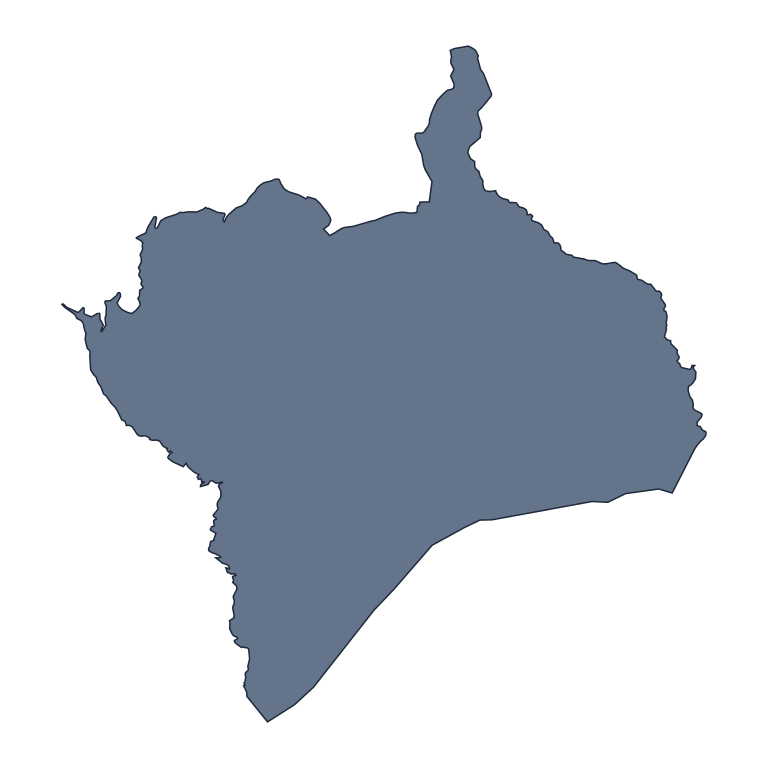 outline of Orsova, Mehedinti, Romania
{"feature_id": "2599482B96117970441540", "entity_name": "Orsova", "entity_type": "district", "adm_level": 2, "iso_a3": "ROU", "parent_name": "Romania", "parent_adm1": "Mehedinti", "projection": "robinson", "projection_center": [22.398, 44.731], "detail": "fine", "context": "isolated", "style": "filled", "palette": "slate", "viewbox_px": 768, "rotation_deg": 0, "n_neighbors": 0, "source": "geoboundaries", "source_scale": "gbopen_adm2", "svg_char_len": 6073}
<svg xmlns="http://www.w3.org/2000/svg" viewBox="0 0 768 768"><path d="M478.3,55.9L475.8,50.7L473.4,48.7L468.4,46.1L454.3,48.6L450.2,50.4L451.5,56.7L450.7,61.5L451.0,63.5L453.8,69.1L453.7,70.0L450.6,75.9L454.0,84.0L454.2,85.1L453.6,87.7L452.6,88.8L451.2,89.4L447.4,90.3L443.3,93.9L437.5,99.9L434.1,106.8L431.2,114.0L429.5,119.5L429.4,123.1L428.1,126.1L423.8,132.2L422.3,133.1L416.9,133.2L415.9,133.7L415.2,134.8L415.0,137.4L417.6,145.5L421.8,154.3L423.7,165.6L425.3,169.9L432.0,181.5L429.2,201.9L419.9,202.1L419.5,204.8L417.5,206.4L416.9,212.4L411.1,213.3L404.5,212.3L400.8,212.3L395.6,213.0L385.2,216.3L374.7,220.5L371.3,221.1L353.4,226.3L344.2,227.5L341.1,228.7L334.1,233.2L329.6,235.5L323.6,229.1L328.6,225.4L330.3,222.0L330.8,219.8L329.7,216.8L327.2,212.7L319.9,203.4L315.4,199.1L307.5,196.9L306.9,198.5L305.7,198.7L299.3,195.2L288.3,191.6L284.5,189.1L283.2,187.4L280.8,183.5L279.4,180.0L278.5,179.1L274.6,179.3L272.0,180.7L263.7,182.8L261.0,184.6L257.5,187.6L254.9,191.8L250.3,196.4L247.9,199.7L246.7,202.3L242.4,205.6L236.0,208.0L228.5,214.7L225.8,218.4L224.3,221.8L223.4,221.2L223.0,219.3L225.0,214.9L224.4,213.3L217.6,212.4L208.6,208.3L207.3,208.5L205.7,207.4L203.0,209.4L196.7,212.0L188.5,211.8L182.7,212.6L180.1,212.3L177.0,214.1L165.4,217.9L160.7,220.8L157.4,227.8L156.2,228.3L155.3,228.0L154.9,227.0L156.6,217.8L155.6,216.6L153.8,217.1L147.8,227.3L145.7,233.0L139.5,235.9L136.4,237.7L136.3,238.2L140.8,240.6L142.8,242.7L142.2,246.0L142.6,248.8L142.3,250.2L140.1,254.6L141.2,257.9L141.3,261.9L138.4,267.8L140.2,270.9L139.0,273.8L138.9,275.5L141.5,279.5L141.9,281.1L141.0,283.4L141.1,284.4L143.1,287.2L142.7,288.4L139.7,290.2L139.5,296.2L138.0,298.2L138.0,298.9L139.8,302.3L140.1,304.9L139.8,305.7L136.4,309.9L131.9,313.5L127.3,312.3L121.8,309.5L118.2,305.5L117.2,302.9L120.6,296.2L120.2,293.4L119.4,292.6L117.9,292.9L116.5,295.6L110.3,300.7L105.1,301.1L104.9,302.8L106.4,306.4L106.0,315.2L105.2,317.5L105.1,319.4L105.8,325.1L101.7,331.6L101.0,331.4L101.0,330.5L103.2,325.2L103.1,324.6L100.0,319.1L99.8,313.8L99.3,313.3L96.9,313.7L91.6,316.9L84.6,314.2L84.1,313.2L84.1,308.3L83.5,307.7L82.5,308.1L79.3,311.7L77.8,312.4L66.7,307.3L63.3,304.1L62.7,303.9L61.9,304.4L64.6,307.2L73.9,313.8L75.5,315.4L76.9,318.5L81.2,320.6L83.2,323.2L84.5,329.5L85.6,332.5L85.8,334.1L85.1,339.4L87.3,348.4L89.7,350.8L90.1,352.7L89.8,355.6L90.6,369.8L93.6,374.7L96.1,377.1L97.9,382.5L100.8,386.7L103.6,393.9L106.5,396.2L111.2,403.3L114.6,406.7L117.0,410.1L121.8,419.9L125.1,421.4L126.3,425.5L128.9,425.2L132.3,426.9L137.3,434.5L139.0,435.8L142.3,436.2L144.7,435.6L149.7,437.9L149.5,439.5L152.6,440.3L156.6,440.1L159.6,441.0L162.9,446.0L166.3,448.2L167.3,448.2L167.0,449.9L168.4,451.8L169.1,452.4L170.5,451.1L172.1,452.4L169.7,454.1L168.0,456.7L167.9,457.7L168.5,458.6L172.7,461.8L183.3,466.7L186.2,463.2L187.4,465.9L189.1,467.9L194.3,472.3L198.9,474.7L197.2,476.9L198.4,479.4L201.1,478.6L201.7,482.0L204.2,481.8L204.2,482.4L202.0,483.3L200.6,485.0L200.5,486.6L208.0,484.5L210.0,481.3L211.6,480.5L216.0,483.1L217.8,483.2L222.4,482.0L222.6,482.3L218.7,485.1L218.6,486.6L220.9,491.5L220.8,496.1L220.4,497.9L218.2,501.1L217.2,503.6L217.3,506.2L218.0,507.8L217.9,509.3L213.6,514.6L213.2,515.7L213.5,516.3L216.6,518.6L216.3,519.2L214.4,519.9L213.6,521.0L214.3,525.9L211.7,526.8L210.5,528.7L210.5,530.1L215.9,533.2L213.6,540.4L210.5,541.6L209.8,546.1L208.6,548.5L208.7,550.6L211.4,552.4L215.1,553.7L219.9,556.2L220.7,557.2L218.7,557.8L215.8,557.9L222.7,563.3L227.3,564.7L228.3,565.7L229.4,567.8L229.4,568.9L225.8,567.8L227.5,572.6L229.7,572.8L230.4,573.9L231.4,574.1L234.9,573.7L236.1,574.9L235.7,575.6L233.9,575.7L232.5,576.8L233.6,580.5L232.7,582.4L236.3,585.7L237.0,588.1L236.3,590.3L233.4,595.9L233.4,598.2L234.4,600.9L233.8,604.8L233.0,606.0L232.7,607.9L234.1,615.4L233.7,618.0L229.4,620.8L230.0,623.2L229.6,628.7L232.5,634.6L234.1,636.1L236.9,637.1L237.7,638.0L236.9,639.1L234.4,640.6L234.5,641.8L236.6,644.1L241.4,647.4L243.8,647.0L245.3,647.8L247.1,647.6L248.2,648.6L248.8,650.1L249.6,658.9L247.8,666.7L248.4,669.2L247.6,670.8L245.5,672.6L245.2,674.4L245.7,677.0L245.0,681.8L244.0,683.0L245.0,685.1L243.6,685.6L246.8,692.5L246.9,696.4L267.5,721.9L294.5,704.7L313.6,687.1L373.8,610.4L393.8,589.4L432.2,545.2L464.1,527.7L479.9,520.1L492.1,519.8L592.0,501.5L607.8,502.3L625.6,493.6L658.6,489.0L672.2,493.0L694.4,449.5L696.7,445.8L700.3,441.5L703.4,438.9L705.7,435.6L706.1,432.3L705.2,431.3L702.6,430.3L700.1,426.4L697.8,426.0L697.1,425.4L697.2,422.2L701.5,416.9L702.1,414.4L700.5,412.9L695.7,410.7L694.0,409.5L693.0,407.8L693.3,404.7L692.5,400.3L690.1,397.0L688.2,391.2L688.2,388.0L688.9,386.0L691.1,384.8L693.0,382.8L695.5,378.7L695.9,372.1L693.8,369.3L693.2,367.1L694.7,365.5L692.0,365.4L691.0,368.8L689.7,369.4L681.4,367.5L680.6,366.4L679.7,363.8L677.3,361.5L677.1,360.4L678.4,359.6L679.2,357.0L677.4,354.0L677.1,352.5L677.3,350.2L670.9,343.7L670.6,340.7L667.2,339.8L664.4,336.8L666.5,329.2L665.9,327.4L666.8,325.6L666.2,323.0L667.0,317.4L666.9,315.2L665.7,311.3L664.0,310.6L663.7,309.7L665.4,305.9L665.3,304.6L661.3,298.9L660.8,297.3L661.7,295.3L661.4,293.7L660.5,292.4L659.5,291.3L656.0,291.0L650.9,284.3L649.0,284.3L646.3,283.4L641.9,280.3L637.5,279.3L636.6,275.1L629.9,271.0L623.3,268.2L617.2,263.4L615.0,262.3L606.9,263.7L602.5,263.9L595.3,260.6L588.2,260.5L583.7,258.9L573.4,257.1L572.0,255.3L566.1,254.3L564.4,252.5L560.9,250.2L560.8,247.3L559.8,244.7L558.2,243.0L554.1,242.8L552.6,238.2L550.1,235.9L547.6,231.5L543.9,229.5L541.7,225.1L538.5,222.8L532.1,220.6L531.4,219.7L531.4,218.7L532.7,216.2L530.8,214.3L528.1,214.8L526.9,214.5L527.3,213.2L526.3,209.9L523.5,208.0L519.1,206.8L516.4,202.9L511.8,202.4L510.2,202.8L509.0,201.8L507.9,199.8L503.2,198.7L500.0,197.2L497.6,194.8L496.0,192.0L495.7,190.7L490.3,191.5L485.6,190.9L483.8,188.5L482.7,184.1L483.0,180.9L480.1,176.1L478.9,171.4L476.3,169.3L474.8,167.1L474.6,161.5L470.7,158.9L467.9,153.1L468.1,150.8L469.7,146.6L480.3,137.5L480.4,132.6L481.7,129.5L481.6,126.5L477.8,114.2L477.9,111.3L481.9,107.4L491.2,96.1L491.6,94.0L483.6,73.8L480.5,69.2L477.6,58.3L478.3,55.9Z" fill="#64748b" stroke="#1e293b" stroke-width="1.5"/></svg>